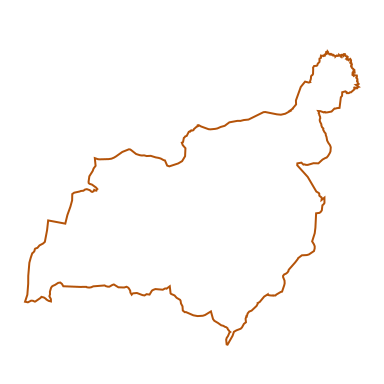 Agona West Municipal, Central, Ghana, rotated 274°
{"feature_id": "2480657B39435178884870", "entity_name": "Agona West Municipal", "entity_type": "district", "adm_level": 2, "iso_a3": "GHA", "parent_name": "Ghana", "parent_adm1": "Central", "projection": "albers", "projection_center": [-0.776, 5.629], "detail": "fine", "context": "isolated", "style": "outline", "palette": "amber", "viewbox_px": 384, "rotation_deg": 274, "n_neighbors": 0, "source": "geoboundaries", "source_scale": "gbopen_adm2", "svg_char_len": 5952}
<svg xmlns="http://www.w3.org/2000/svg" viewBox="0 0 384 384"><g transform="rotate(274 192 192)"><path d="M195.6,324.5L193.1,321.8L195.0,321.9L195.6,321.6L197.1,319.4L197.6,319.2L199.1,319.1L199.8,318.6L201.1,316.0L215.1,306.4L226.0,295.1L227.9,295.1L228.9,299.1L227.1,301.2L227.4,302.4L227.0,303.8L227.1,305.5L229.2,311.2L229.4,316.1L233.5,320.0L235.3,322.8L235.7,323.9L237.6,325.3L240.6,326.8L242.2,327.3L246.3,327.3L248.3,326.4L250.5,324.6L252.8,323.2L256.4,322.3L257.8,321.6L259.7,321.2L260.9,320.0L263.3,318.5L264.5,318.6L265.7,317.2L267.5,316.4L268.6,316.3L271.1,314.8L272.5,314.4L273.5,314.4L274.4,314.8L276.1,314.5L277.7,313.6L278.6,313.5L279.3,312.9L280.4,313.1L281.6,312.2L281.6,314.5L280.6,317.9L281.0,318.4L281.1,319.0L280.7,319.2L280.6,319.7L280.9,321.5L282.0,325.6L285.2,328.3L285.1,328.9L285.8,330.9L286.2,333.3L296.9,333.9L298.2,334.9L298.8,335.0L302.0,334.9L303.1,338.0L302.5,339.2L302.3,339.4L301.8,339.2L301.4,339.6L301.6,341.6L302.5,342.7L302.5,343.6L305.9,347.0L307.2,346.5L307.5,346.6L307.6,347.2L307.2,347.8L307.3,348.2L307.0,348.9L307.5,349.3L307.3,349.7L308.2,350.0L308.5,350.9L310.3,348.1L310.7,349.7L311.5,349.9L311.2,350.5L311.4,350.7L312.3,349.7L313.2,349.6L313.9,348.9L314.3,348.9L314.5,349.3L315.2,349.0L316.1,349.2L317.4,347.9L318.3,348.5L319.7,348.3L319.8,346.2L319.1,345.3L319.9,344.8L319.8,344.2L320.0,343.9L320.8,343.9L320.7,344.5L321.0,344.6L321.7,344.3L321.6,345.0L322.5,345.1L323.1,344.6L323.3,345.0L323.0,345.8L325.1,345.4L325.1,344.5L326.1,344.3L326.7,343.2L327.5,342.5L328.2,342.6L328.7,342.4L328.8,341.9L329.7,342.0L330.1,342.6L330.4,342.6L330.7,342.3L331.4,342.2L331.6,341.3L332.2,341.5L332.5,341.0L333.0,341.5L334.5,341.5L335.8,340.6L334.9,339.4L334.3,339.1L334.5,338.8L334.9,338.8L335.8,338.1L335.6,337.8L335.0,337.9L334.9,337.5L335.4,337.3L335.6,336.6L337.5,337.9L337.6,337.7L337.3,337.3L338.1,337.2L338.2,336.1L338.7,335.5L339.3,335.4L339.4,335.0L339.0,335.0L339.0,334.4L338.8,334.2L340.2,334.6L340.2,333.9L339.6,333.4L339.2,333.4L339.3,332.6L339.0,332.6L338.9,331.9L337.2,331.3L338.2,330.1L338.7,330.3L338.5,329.8L339.0,329.2L338.6,329.2L337.9,328.1L337.9,327.8L338.3,327.7L338.3,327.2L338.0,327.2L337.7,326.1L337.1,325.6L337.6,325.5L337.9,324.8L338.0,323.2L338.3,323.1L338.3,323.5L338.6,323.5L338.9,322.8L338.6,322.0L338.7,320.9L339.2,321.4L339.5,321.0L339.3,319.6L339.6,317.5L340.0,317.3L340.3,318.0L340.9,318.1L341.8,317.3L340.9,317.1L341.1,316.6L341.0,316.1L340.7,316.1L340.5,316.6L340.1,316.7L339.8,316.0L338.8,316.0L338.6,315.3L337.2,315.0L337.1,314.6L337.7,314.2L336.8,313.5L337.1,312.9L336.7,311.6L337.0,311.2L336.4,311.0L335.6,311.4L334.7,311.2L334.0,309.9L332.4,309.9L331.9,310.2L330.5,310.0L328.8,308.5L327.3,308.2L326.6,307.6L326.2,305.0L324.5,304.1L323.2,304.3L318.2,304.5L317.0,303.9L316.6,303.2L315.7,302.7L313.2,302.7L310.0,301.9L309.8,302.1L309.3,300.9L310.0,297.1L304.4,293.2L290.6,289.3L286.6,289.7L282.5,286.7L282.7,287.4L279.8,283.8L279.6,284.3L276.6,279.6L275.3,275.3L275.4,271.3L276.9,259.5L276.6,257.7L268.2,243.3L267.4,238.7L266.3,235.3L266.1,232.2L264.1,224.4L260.3,220.0L258.9,216.1L257.2,212.9L256.6,210.8L255.8,206.1L255.8,204.2L258.0,196.5L259.1,194.1L259.1,193.9L258.4,193.6L258.7,192.9L257.7,192.6L257.0,191.6L254.8,189.5L254.1,189.3L253.6,188.8L253.1,187.2L253.4,186.9L252.8,186.0L252.1,185.9L251.8,184.6L247.6,182.8L247.0,181.4L245.9,180.7L245.4,180.1L241.4,179.6L241.0,179.4L240.5,178.4L238.1,179.5L235.2,182.4L227.2,182.6L222.1,180.0L219.5,176.2L216.0,167.6L216.6,165.4L221.6,162.8L221.8,161.5L223.2,158.5L223.7,156.2L224.0,153.4L225.2,148.3L224.7,144.3L225.2,141.7L224.9,139.2L225.1,137.3L226.0,133.6L229.6,128.3L230.1,127.4L230.2,126.1L227.1,119.7L222.1,113.6L220.8,111.7L219.6,109.3L219.0,106.5L218.1,97.2L218.2,95.7L219.0,92.7L211.4,94.0L208.6,92.2L206.1,91.5L200.5,88.5L194.8,88.1L193.6,88.4L193.0,89.3L192.4,91.7L189.8,95.9L188.4,97.3L188.0,96.8L186.7,96.5L186.8,95.1L187.3,94.3L185.8,93.7L185.1,92.4L185.5,91.4L186.7,89.9L187.5,86.9L187.0,85.1L185.7,83.6L185.3,81.2L184.6,79.7L183.1,74.5L181.6,72.7L175.3,73.0L168.8,71.7L160.3,69.3L151.6,67.8L153.6,50.5L143.8,50.1L132.0,48.7L130.2,47.0L128.1,43.6L125.5,41.7L124.6,39.6L124.0,39.2L122.3,39.0L120.8,38.1L119.7,36.9L115.1,35.7L110.1,34.7L96.9,34.5L89.1,35.0L78.0,34.9L70.9,33.1L70.5,36.0L72.4,39.1L72.4,40.9L71.7,42.7L71.8,43.3L75.8,48.3L76.9,49.1L76.4,51.7L75.3,53.6L74.6,54.2L73.4,56.6L73.0,58.9L75.3,58.7L78.1,57.0L80.0,57.5L82.6,57.2L86.6,58.1L88.0,58.9L88.8,60.0L89.8,61.9L92.0,64.8L92.5,66.9L91.2,68.7L89.0,70.2L89.5,86.9L90.0,93.2L89.6,93.9L89.5,96.1L89.9,98.0L91.0,100.1L92.7,111.4L92.1,112.5L91.7,114.6L91.8,116.2L93.7,119.0L94.3,120.5L91.8,125.2L92.0,131.0L92.9,133.3L92.3,134.7L91.6,135.6L89.3,137.2L87.3,137.6L85.4,139.0L86.3,139.6L86.8,140.3L87.4,144.1L85.7,149.8L85.5,151.9L86.9,153.8L86.7,156.8L90.8,158.9L91.7,160.2L92.6,162.2L92.5,169.7L93.8,171.7L94.0,172.8L93.8,173.4L96.4,176.4L89.4,177.7L88.9,178.2L87.6,181.8L85.4,184.0L83.6,187.6L82.7,188.2L80.0,188.8L77.3,190.5L73.1,191.1L71.6,193.2L71.8,194.3L69.1,201.9L68.6,206.2L69.3,211.4L70.2,213.6L74.2,219.2L66.8,221.8L65.1,223.2L63.1,227.2L61.1,230.4L60.7,232.6L59.8,234.3L59.5,235.6L58.6,236.9L57.4,237.4L56.3,238.6L55.5,239.1L55.0,239.9L54.4,239.2L50.7,237.9L48.9,236.8L47.0,236.4L42.4,237.2L42.2,238.1L51.4,242.5L55.5,243.6L57.1,246.0L59.0,250.1L60.4,251.3L64.1,253.0L65.8,254.9L69.3,254.3L71.8,254.9L71.6,255.3L74.8,256.0L76.7,257.4L77.8,259.7L82.9,264.4L85.5,265.5L85.8,265.3L87.0,267.2L92.7,271.3L95.1,274.6L94.6,274.6L94.3,277.2L94.3,280.2L94.5,280.2L94.6,282.5L95.5,283.2L98.4,287.4L98.9,288.8L105.4,290.5L107.3,290.8L110.0,290.5L113.5,288.8L114.7,288.7L116.2,289.7L117.0,291.3L118.3,292.8L119.8,293.7L120.6,293.7L121.7,294.3L128.9,299.8L132.5,302.2L133.3,302.4L136.5,306.0L137.1,310.9L137.8,312.9L141.6,317.8L144.2,318.3L146.4,318.2L148.3,317.3L151.1,315.3L159.4,317.3L165.0,317.6L179.4,317.3L180.1,320.7L181.5,322.1L182.9,322.8L187.8,323.0L188.9,324.1L190.3,324.9L195.6,324.5Z" fill="none" stroke="#b45309" stroke-width="2"/></g></svg>